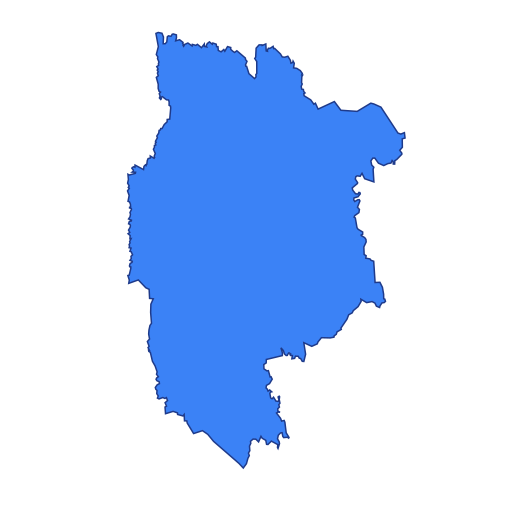 the district of Nocupétaro, Michoacán, Mexico, rotated 6°
{"feature_id": "50627088B79738723822926", "entity_name": "Nocupétaro", "entity_type": "district", "adm_level": 2, "iso_a3": "MEX", "parent_name": "Mexico", "parent_adm1": "Michoacán", "projection": "equal_earth", "projection_center": [-101.218, 19.078], "detail": "fine", "context": "isolated", "style": "filled", "palette": "blue", "viewbox_px": 512, "rotation_deg": 6, "n_neighbors": 0, "source": "geoboundaries", "source_scale": "gbopen_adm2", "svg_char_len": 6045}
<svg xmlns="http://www.w3.org/2000/svg" viewBox="0 0 512 512"><g transform="rotate(6 256 256)"><path d="M265.5,468.2L268.2,463.5L269.1,458.0L270.2,455.2L269.1,452.8L270.2,450.3L269.4,445.7L270.4,442.9L269.9,440.9L272.2,438.4L275.0,438.2L278.0,440.6L279.8,434.8L281.2,436.6L285.0,438.3L286.2,442.2L287.6,442.2L290.6,438.5L297.4,441.3L297.4,444.2L298.0,445.1L299.0,440.1L298.4,438.2L296.5,435.6L296.9,431.9L298.9,429.4L300.4,429.0L301.5,432.6L302.5,433.7L306.2,433.0L307.5,433.7L307.8,433.0L304.5,428.7L302.1,418.3L301.2,416.6L298.7,417.5L297.4,414.9L292.8,410.0L294.2,408.9L296.2,408.9L293.9,407.8L293.6,405.6L295.1,403.8L294.2,401.5L295.2,399.9L294.1,396.3L294.2,393.5L293.7,393.0L292.7,393.9L293.9,396.8L293.3,398.3L291.0,398.2L288.2,394.6L287.1,396.2L286.2,396.1L285.4,395.5L284.1,391.2L284.7,389.8L285.8,389.4L283.6,387.8L282.1,389.1L281.1,387.2L279.8,386.2L279.9,383.6L282.8,381.5L285.0,376.8L283.6,374.5L282.7,374.8L280.3,368.7L278.9,369.1L275.7,367.4L275.1,363.1L277.3,361.3L277.1,357.8L292.6,352.3L292.4,349.7L290.4,344.7L293.1,347.2L294.5,350.4L296.4,351.8L297.5,351.6L298.5,349.1L299.4,349.0L300.7,349.8L300.1,350.4L300.7,351.3L302.6,351.2L302.4,354.5L305.1,353.8L305.7,351.5L308.5,351.3L309.7,353.1L311.1,353.3L313.0,355.9L314.6,355.9L315.6,348.5L312.6,337.2L320.9,340.0L326.1,337.0L326.6,335.0L329.6,330.4L338.3,329.7L342.0,328.6L342.1,327.2L344.0,325.5L344.5,323.0L348.5,320.1L348.0,318.8L353.1,309.3L354.3,304.8L357.6,302.5L358.5,300.1L362.8,295.7L365.3,290.2L364.8,288.0L370.9,290.8L376.2,289.2L379.2,290.4L381.0,293.3L384.3,294.3L384.6,292.5L386.2,289.5L388.4,288.9L389.5,287.6L388.6,285.4L387.5,285.2L386.9,280.6L385.0,273.9L382.0,269.2L377.2,269.9L373.6,248.9L370.9,248.3L369.7,247.0L365.4,246.7L365.5,244.2L363.4,243.2L362.3,235.7L364.1,230.5L363.6,228.0L362.1,226.3L358.5,224.7L358.4,224.1L359.8,223.3L359.6,221.0L354.7,218.7L353.5,217.3L350.8,207.8L349.5,207.1L350.0,205.5L353.8,202.1L354.0,198.9L351.8,196.9L353.6,190.4L352.8,189.2L351.2,189.5L348.6,191.5L347.3,190.0L347.4,188.0L351.3,186.4L353.2,183.3L352.7,182.1L351.7,182.0L350.9,183.7L348.5,183.7L345.3,180.4L344.6,178.2L349.3,173.3L349.4,172.4L346.7,169.1L347.0,166.6L348.3,165.7L351.3,165.8L352.8,162.7L356.0,167.8L365.5,170.0L363.4,157.5L363.9,155.4L361.6,153.5L360.3,149.5L361.9,146.5L363.9,146.2L368.1,150.9L373.6,152.7L377.5,150.3L380.5,149.5L381.4,146.8L382.5,147.7L382.9,150.2L384.3,150.1L384.1,146.7L385.9,145.3L390.4,139.6L390.3,138.5L387.9,135.8L390.2,132.6L389.2,124.2L391.9,123.1L390.7,117.8L387.3,119.6L384.3,118.9L364.7,94.9L357.4,92.5L354.2,92.0L341.5,101.6L325.2,102.2L317.8,94.2L302.4,103.4L299.1,97.8L297.7,99.0L294.1,95.0L287.1,91.6L286.6,89.4L287.7,88.7L286.2,87.3L285.7,85.4L284.0,85.3L283.2,82.5L284.0,80.1L283.2,78.9L282.8,72.8L283.5,71.2L282.5,71.1L283.0,69.6L280.7,67.0L276.9,65.1L273.7,65.0L273.9,60.3L272.5,58.3L272.3,59.7L270.6,60.6L269.7,57.7L266.8,54.0L263.8,55.3L261.3,55.3L259.2,52.5L252.9,47.6L251.9,47.9L251.1,45.7L248.3,48.0L246.6,48.1L245.7,50.3L246.0,51.2L244.7,51.0L243.6,44.1L240.1,46.0L239.9,45.4L237.0,45.7L234.4,49.3L234.9,58.3L234.1,59.7L236.4,62.5L237.7,74.4L236.9,75.6L237.3,77.9L236.0,79.7L229.9,75.4L226.9,68.4L226.1,68.4L225.6,67.0L226.7,63.3L225.1,61.8L224.7,60.2L215.5,53.9L213.4,55.8L211.5,54.8L209.2,53.1L209.1,51.3L205.8,50.7L203.6,55.6L202.4,54.0L199.9,56.6L197.0,55.5L196.3,51.8L194.9,51.9L194.3,49.5L190.8,48.7L190.4,50.0L187.3,47.9L185.3,49.8L184.4,52.3L185.1,53.2L182.7,53.0L182.4,50.6L180.0,54.5L175.6,51.6L174.2,52.8L170.6,52.2L170.5,53.8L166.0,51.3L163.0,53.0L162.1,55.0L161.4,54.1L161.7,53.0L160.8,52.3L161.1,51.2L157.4,48.9L153.6,50.4L154.1,47.2L153.7,44.4L150.6,43.8L149.5,44.2L148.5,46.4L145.9,46.2L144.9,47.2L144.9,52.5L143.5,54.4L141.5,54.6L141.1,47.9L139.2,44.3L135.4,43.9L133.2,45.1L137.0,58.0L135.8,66.1L137.6,68.3L137.4,69.9L139.2,73.3L138.8,74.9L139.2,76.6L137.5,78.0L139.1,80.3L138.3,81.4L139.5,83.0L138.8,84.4L140.0,86.9L138.2,88.8L140.8,95.4L141.2,99.6L142.4,102.4L143.9,103.0L142.8,104.7L143.9,107.0L143.4,108.9L144.9,110.3L145.5,109.4L144.7,108.2L146.2,107.3L150.6,110.0L152.7,110.0L153.5,111.8L153.8,115.2L155.3,115.9L155.7,117.7L155.9,128.9L153.4,129.5L153.6,131.8L151.0,134.8L149.3,139.0L147.9,139.2L147.7,140.6L146.5,141.2L146.4,143.9L144.8,147.1L145.6,148.7L144.0,152.4L144.8,153.4L144.0,154.3L144.7,156.1L143.4,156.7L143.6,158.6L142.8,160.5L145.1,164.6L144.3,167.4L144.9,168.6L144.4,169.5L140.4,167.6L140.7,169.6L138.5,170.4L137.9,172.5L137.8,176.2L136.9,176.6L137.2,177.6L135.9,177.5L135.2,178.7L135.1,181.8L126.2,178.2L126.3,180.4L125.1,180.0L123.6,181.0L123.4,181.8L125.0,183.3L125.1,184.6L124.1,185.5L127.5,185.3L127.4,186.4L121.6,188.7L120.1,188.1L121.1,193.3L120.7,197.0L122.5,199.5L121.8,201.2L122.9,201.9L121.4,204.7L123.5,209.0L123.0,215.0L124.5,215.4L125.7,217.6L126.2,220.4L125.2,220.7L125.2,221.4L127.1,221.9L127.3,222.7L126.1,226.0L126.8,227.6L126.6,230.2L125.4,232.5L128.4,233.4L128.3,234.2L126.4,234.9L125.9,237.3L127.4,237.8L127.9,238.8L127.9,240.4L126.5,243.6L128.0,245.7L126.4,247.2L128.7,248.8L128.8,252.0L130.0,251.7L128.8,254.9L129.4,256.1L128.6,257.9L129.2,259.4L128.9,261.0L130.9,261.2L130.1,264.5L131.4,264.8L133.1,267.7L131.7,269.4L132.2,271.6L131.1,273.5L133.5,274.2L133.3,275.4L131.6,276.6L131.2,279.0L131.5,279.9L132.6,279.9L132.8,281.4L131.9,288.3L130.6,288.8L132.5,293.2L132.3,296.5L141.5,292.1L149.7,299.1L153.2,300.3L154.6,309.3L158.3,309.3L156.5,314.9L157.1,323.1L159.1,333.8L157.8,336.2L157.3,340.7L157.4,344.8L158.8,349.7L156.9,352.4L159.1,357.0L158.2,358.4L159.8,360.9L159.0,360.9L159.4,362.1L161.0,362.9L164.0,371.5L167.2,376.0L169.8,381.6L169.4,384.0L171.5,386.3L169.9,387.7L169.5,389.1L170.5,390.4L172.9,391.2L173.3,393.0L171.2,394.4L169.6,397.3L170.3,399.0L171.6,400.0L171.7,403.3L173.4,405.4L172.8,407.6L174.5,408.3L178.1,406.5L180.3,407.2L181.7,406.2L183.1,409.0L180.9,411.4L182.7,414.7L181.3,415.7L182.5,422.3L189.8,419.2L194.3,420.2L194.6,421.8L200.0,422.7L201.1,421.1L202.1,427.4L204.4,427.2L205.1,429.4L212.5,439.1L221.0,435.3L226.7,438.4L233.2,444.8L260.8,464.1L265.5,468.2Z" fill="#3b82f6" stroke="#1e3a8a" stroke-width="1.5"/></g></svg>